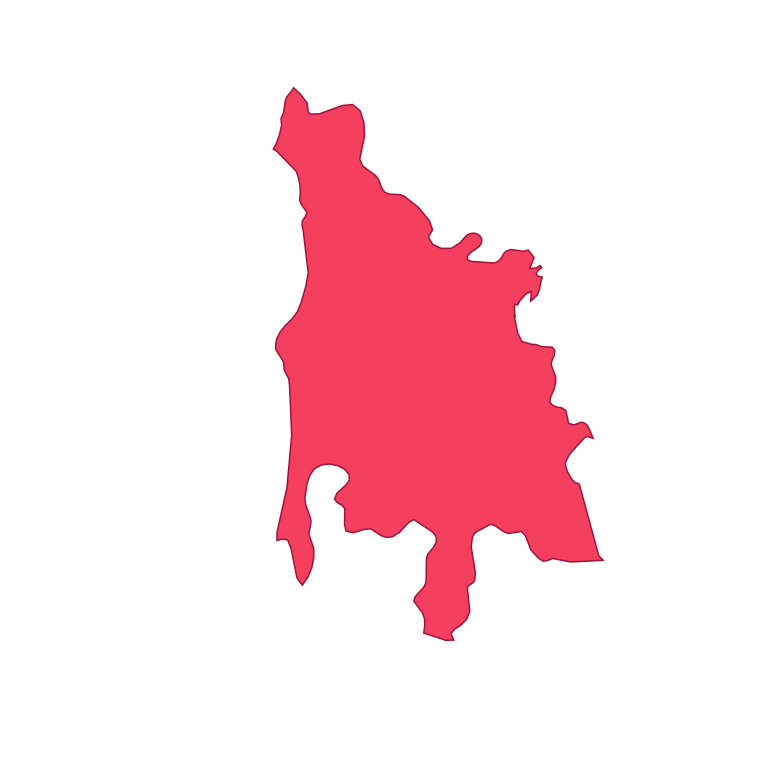 map outline of Roma (Natural Earth projection), rotated 47°
{"feature_id": "ITA-5422", "entity_name": "Roma", "entity_type": "Province", "adm_level": 1, "iso_a3": "ITA", "parent_name": "Italy", "parent_adm1": "", "projection": "natural_earth1", "projection_center": [12.606, 41.858], "detail": "fine", "context": "isolated", "style": "filled", "palette": "rose", "viewbox_px": 768, "rotation_deg": 47, "n_neighbors": 0, "source": "natural_earth", "source_scale": "10m", "svg_char_len": 3074}
<svg xmlns="http://www.w3.org/2000/svg" viewBox="0 0 768 768"><g transform="rotate(47 384 384)"><path d="M475.4,580.9L471.3,580.7L466.1,579.7L441.0,564.2L432.2,560.8L428.1,564.1L425.5,569.0L419.8,563.7L393.4,525.4L358.4,486.4L320.8,454.2L315.2,450.1L305.7,447.4L300.1,443.0L297.1,441.9L286.5,440.0L283.7,438.9L278.1,432.4L275.1,424.5L273.9,415.8L273.7,406.6L272.0,397.9L267.8,388.9L259.1,374.3L251.0,363.6L216.2,338.1L212.2,335.8L209.0,332.4L207.7,326.5L205.6,323.3L195.5,321.8L192.0,320.3L187.3,315.0L181.5,310.1L175.0,306.0L168.7,303.1L141.1,303.7L136.7,304.8L134.8,299.1L130.3,290.3L124.7,282.1L119.8,278.5L117.0,272.3L109.2,262.6L107.6,258.7L106.7,251.6L105.6,248.2L114.9,247.4L126.2,248.7L133.6,254.0L136.3,253.8L142.4,246.9L151.9,224.5L158.2,216.4L167.9,215.1L179.3,220.5L189.8,229.7L203.0,248.4L210.1,250.9L225.8,248.0L230.6,248.5L240.2,252.3L244.7,252.6L249.0,250.4L256.4,243.1L260.3,241.1L278.2,238.4L295.5,239.4L304.4,243.3L306.8,251.3L315.0,253.1L323.8,249.7L330.6,242.3L332.6,232.2L331.7,222.8L332.6,218.6L335.3,215.0L338.3,213.3L341.6,212.8L344.7,213.7L347.2,216.2L348.4,220.7L347.0,230.4L347.1,235.0L349.8,238.4L353.9,236.5L370.9,220.7L372.2,216.5L371.7,211.7L370.4,207.8L370.1,203.8L372.4,199.2L381.9,191.7L384.5,187.1L393.9,188.1L398.8,198.4L402.0,195.0L403.0,193.0L403.7,189.2L406.3,189.2L406.1,194.7L407.4,197.7L409.9,198.0L413.7,195.3L417.1,200.8L420.8,205.7L423.5,211.5L423.4,220.2L416.8,213.2L414.9,218.4L415.7,227.5L417.2,232.4L415.0,233.9L417.5,237.0L423.4,241.6L421.7,241.5L438.0,251.5L446.9,254.2L455.7,248.9L458.8,245.9L464.4,243.1L471.8,235.9L475.7,236.2L479.0,239.4L481.1,244.7L483.5,248.4L496.0,253.7L499.8,257.4L503.0,261.8L507.8,272.2L510.6,275.2L514.9,275.1L519.2,273.1L522.3,270.4L527.4,269.1L538.8,275.9L543.7,272.6L546.1,266.5L547.8,264.6L550.9,263.6L554.9,263.9L566.4,268.1L560.7,271.3L560.1,274.1L560.1,275.6L561.9,295.6L562.2,297.0L564.3,303.0L565.0,304.3L566.0,305.8L568.8,307.5L573.4,309.7L581.6,311.6L585.3,311.6L587.7,310.9L588.8,309.9L590.5,309.5L656.1,344.1L661.6,343.9L662.4,344.0L641.5,368.8L626.6,379.7L624.5,385.2L622.0,388.5L616.3,389.8L605.4,389.7L591.7,384.1L585.5,384.1L578.0,395.2L573.3,397.3L563.4,399.4L561.0,400.6L559.5,401.7L558.7,403.5L555.2,417.1L555.0,420.3L556.4,423.9L562.7,431.4L584.3,445.8L589.4,451.5L590.1,454.3L589.1,459.9L590.0,462.1L608.8,476.3L612.5,484.3L612.7,492.3L611.5,499.8L612.3,505.4L618.9,507.6L613.5,513.7L593.3,524.8L588.4,518.8L583.2,514.4L577.5,511.9L563.3,510.3L560.9,506.7L559.6,492.8L557.4,488.1L540.9,472.3L539.4,470.2L538.3,467.5L537.1,458.9L535.3,454.0L532.6,450.9L529.1,449.5L524.7,449.6L503.6,454.6L502.1,459.7L503.1,474.0L501.5,481.9L497.9,486.9L492.8,489.6L481.0,492.4L477.4,496.7L471.6,508.2L465.5,512.1L459.5,508.4L448.4,497.6L443.6,497.6L438.6,499.1L434.3,498.6L431.8,493.1L431.9,480.5L430.7,474.9L426.5,471.4L419.7,470.9L412.3,473.5L405.6,478.2L400.8,484.3L398.5,492.9L400.3,500.8L404.3,508.1L413.9,520.2L419.4,523.8L431.7,529.1L435.2,531.5L442.4,541.2L456.6,547.7L463.2,553.9L468.9,561.8L473.2,570.9L475.4,580.9Z" fill="#f43f5e" stroke="#9f1239" stroke-width="1.5"/></g></svg>